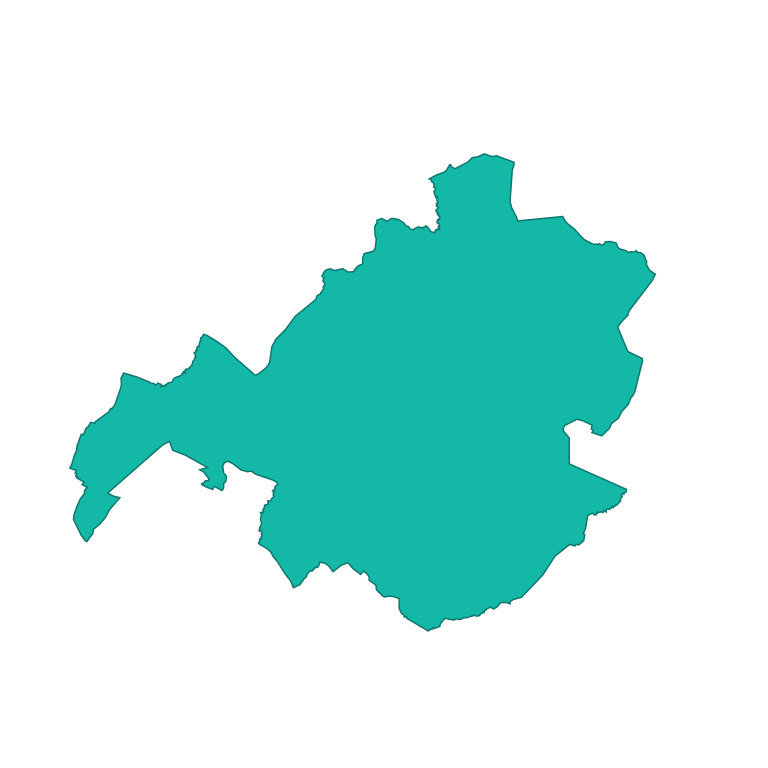 Nang Rong, Buri Ram, Thailand (Mercator projection), rotated 201°
{"feature_id": "78962969B52670203653904", "entity_name": "Nang Rong", "entity_type": "district", "adm_level": 2, "iso_a3": "THA", "parent_name": "Thailand", "parent_adm1": "Buri Ram", "projection": "mercator", "projection_center": [102.757, 14.628], "detail": "fine", "context": "isolated", "style": "filled", "palette": "teal", "viewbox_px": 768, "rotation_deg": 201, "n_neighbors": 0, "source": "geoboundaries", "source_scale": "gbopen_adm2", "svg_char_len": 6171}
<svg xmlns="http://www.w3.org/2000/svg" viewBox="0 0 768 768"><g transform="rotate(201 384 384)"><path d="M631.0,300.9L631.6,295.1L629.1,289.9L628.4,286.4L627.8,268.7L629.1,263.3L630.3,263.3L631.0,259.3L639.9,245.4L639.9,243.8L644.1,243.1L645.0,237.8L646.2,236.2L646.4,229.1L648.6,228.6L648.4,216.1L647.2,211.9L647.5,206.3L646.7,197.2L647.2,192.9L640.2,193.0L640.3,190.0L638.7,190.2L638.8,187.5L636.9,187.7L637.4,186.3L628.9,185.0L629.7,181.8L624.1,181.4L625.3,177.4L624.5,173.9L626.3,168.2L626.8,159.8L626.4,150.1L625.3,146.2L612.4,134.2L606.8,130.7L604.9,130.4L602.3,140.1L603.1,144.4L599.2,151.3L596.4,158.9L595.0,168.8L589.9,183.2L596.3,182.4L602.9,183.1L568.9,247.7L563.7,253.6L557.5,246.4L544.1,246.4L518.8,242.8L525.2,237.9L521.0,237.3L512.8,232.4L514.4,230.0L516.2,229.7L516.8,226.3L518.1,226.3L518.3,224.8L511.4,224.1L506.1,224.2L506.1,226.4L505.2,227.6L497.2,226.5L496.6,228.1L496.5,229.6L497.9,233.5L496.8,236.8L498.2,241.7L501.7,243.3L505.1,249.3L504.8,253.2L502.2,255.9L496.5,255.5L486.6,252.5L479.9,253.2L477.7,254.7L475.5,254.9L471.3,253.8L453.7,254.5L448.2,253.7L447.3,251.8L449.1,249.3L448.1,247.5L449.6,244.2L447.9,244.2L448.3,242.5L447.5,241.7L447.6,240.5L446.5,239.8L448.0,236.1L447.8,234.2L450.6,233.3L449.2,230.4L452.0,228.1L451.4,225.0L452.0,223.9L451.5,222.2L450.7,221.8L450.8,220.4L452.7,220.3L453.2,219.6L451.4,217.9L451.3,215.1L450.3,212.4L448.8,211.1L448.0,207.1L448.5,206.0L448.1,202.5L447.1,201.9L446.9,203.1L446.2,203.2L444.8,202.1L444.7,199.7L443.3,199.1L443.9,196.9L443.1,196.0L443.3,195.2L444.6,194.5L443.8,192.7L444.1,190.5L443.0,189.8L434.1,188.4L429.8,186.7L425.3,183.0L419.6,179.8L409.0,171.8L400.8,166.8L395.5,161.3L390.6,166.6L388.7,173.9L387.6,175.3L387.4,179.3L386.3,182.9L384.0,183.7L382.3,188.3L380.9,188.6L379.9,190.0L379.8,195.0L373.9,195.4L370.2,194.2L364.3,190.5L359.1,199.3L353.6,204.3L346.7,200.5L337.5,197.9L336.0,202.1L331.0,200.2L328.6,198.5L327.7,195.6L319.4,193.3L317.3,189.2L308.9,185.5L306.8,185.5L303.3,187.8L299.7,188.8L292.9,189.2L289.6,180.2L285.4,176.1L282.0,175.2L281.9,173.9L279.4,174.5L278.8,173.4L254.3,169.3L253.0,170.6L253.3,171.8L251.3,172.3L250.9,174.2L249.6,173.5L249.3,174.5L247.9,174.9L246.2,177.0L245.1,177.4L245.4,180.1L243.6,186.2L241.6,187.7L239.7,187.5L233.9,188.9L231.8,191.0L229.6,191.0L227.2,192.4L226.7,193.8L222.2,195.9L221.5,197.1L218.4,198.8L218.6,199.8L217.9,200.3L215.1,200.3L212.3,201.5L210.1,206.2L208.6,206.2L209.1,208.4L207.7,209.5L207.7,210.6L205.8,212.5L205.9,213.2L204.5,213.8L201.2,213.2L198.7,216.1L196.6,221.8L191.0,224.0L187.6,223.9L188.2,226.3L186.1,229.1L179.2,234.2L167.4,262.5L162.6,284.7L153.2,300.7L147.7,301.3L147.7,302.8L144.3,303.8L141.4,309.5L142.6,315.3L144.2,315.5L144.1,321.4L146.7,334.3L143.2,338.1L140.6,337.2L139.2,337.8L139.5,338.5L138.3,339.7L139.1,340.4L138.8,341.1L136.6,341.4L134.7,342.8L133.4,342.5L133.3,344.0L132.4,344.6L130.7,344.2L131.4,345.3L131.2,346.8L130.6,347.5L128.7,347.6L128.2,348.9L127.4,349.2L127.1,351.1L125.8,350.8L125.9,351.6L124.9,352.2L124.1,354.4L123.2,354.4L122.1,358.1L121.2,359.0L121.9,359.5L122.0,362.2L121.3,364.5L122.6,365.3L121.7,367.1L120.5,367.4L121.1,368.2L120.4,369.2L119.4,369.5L119.9,372.5L182.4,375.8L191.6,399.8L199.4,404.3L200.9,407.2L200.3,410.2L191.2,420.3L184.8,420.9L175.1,420.2L174.2,416.1L172.3,416.0L171.9,415.3L172.5,413.2L162.2,413.6L157.6,423.4L157.5,428.5L152.9,436.0L152.2,443.5L148.7,452.3L148.6,459.5L147.5,462.5L147.1,467.2L150.9,498.2L152.1,500.4L168.0,501.7L185.9,520.5L185.9,522.5L184.2,528.2L181.0,535.7L181.5,539.9L170.6,577.0L170.0,583.7L176.7,585.3L181.7,589.3L182.7,592.5L185.4,594.7L185.5,595.7L186.8,596.2L187.1,597.4L191.4,598.5L194.7,597.8L196.2,598.9L197.6,596.9L201.3,595.8L202.6,594.3L206.3,595.2L211.4,594.5L214.7,595.4L217.8,598.8L224.1,598.0L228.5,595.8L228.7,593.2L230.3,591.6L233.4,592.1L234.2,590.8L236.5,590.6L238.5,589.3L248.2,590.5L251.4,591.6L261.2,596.6L269.9,599.4L273.3,601.1L277.2,604.4L317.7,584.1L320.2,587.4L328.0,594.3L331.8,599.7L340.9,629.7L341.2,635.2L342.1,637.6L360.7,637.4L364.4,635.1L372.8,634.8L378.2,629.4L382.7,627.0L385.3,621.1L394.8,610.5L398.9,610.8L400.2,612.6L401.3,612.1L402.2,606.1L403.5,603.5L409.5,598.3L415.3,591.7L412.7,591.7L412.4,590.1L409.7,589.4L408.1,586.9L408.1,585.5L407.1,585.7L405.8,584.8L405.5,584.0L406.5,581.6L402.3,576.5L401.7,576.4L401.4,577.6L400.2,574.0L398.5,573.1L399.7,571.2L398.5,570.5L399.1,569.2L396.6,568.1L397.8,564.6L396.9,564.6L396.8,563.4L395.6,563.2L395.2,562.2L394.2,562.2L394.5,561.2L393.4,561.4L393.1,560.5L391.8,560.0L391.2,558.3L392.0,557.9L391.7,556.9L392.7,556.6L391.9,556.0L392.8,554.6L391.5,553.1L389.6,553.2L388.9,552.1L389.4,551.1L388.7,550.9L389.5,550.1L387.5,549.0L387.7,548.1L389.1,548.4L390.0,546.6L390.6,547.0L391.1,546.0L390.7,543.5L394.9,543.0L399.1,546.0L401.8,546.6L402.0,545.3L403.3,544.6L403.4,543.8L408.5,542.8L410.8,540.4L411.2,538.9L415.1,537.9L417.4,539.8L420.1,539.4L423.3,541.5L430.1,542.9L431.4,542.0L433.3,542.3L436.4,541.2L439.5,536.9L445.1,537.8L449.3,534.5L448.3,531.9L449.1,528.8L448.7,526.7L445.2,518.9L443.1,516.5L441.1,508.6L441.0,505.3L442.9,503.1L449.2,498.7L449.1,494.2L446.9,488.4L450.5,485.0L452.2,480.9L452.4,478.0L457.8,475.6L463.8,476.9L470.6,472.3L475.4,472.3L478.8,470.0L480.4,466.3L479.8,465.2L480.8,463.1L480.2,462.0L478.4,462.0L478.0,458.5L474.9,456.0L475.6,452.6L474.7,452.0L475.0,447.9L475.9,446.6L475.4,445.7L478.1,442.5L478.0,438.4L491.2,415.2L495.4,399.8L501.0,387.0L502.0,378.5L498.7,364.1L498.8,360.0L500.5,355.7L505.0,348.2L507.5,346.0L533.0,355.4L544.8,361.2L557.3,364.3L566.4,365.8L570.3,365.7L570.7,362.3L571.7,361.4L570.9,360.6L571.3,358.9L570.6,358.5L571.0,357.0L570.3,352.6L571.5,352.3L571.6,350.2L570.8,348.9L571.8,347.5L570.9,346.8L572.4,344.9L570.8,344.1L570.2,342.4L569.2,342.2L569.9,341.1L569.6,338.9L570.6,336.6L570.0,332.7L571.0,331.0L570.8,329.8L571.6,329.6L571.8,328.0L574.3,326.8L573.9,326.1L574.6,325.8L574.6,324.3L573.7,323.6L575.8,323.6L574.8,322.1L576.3,321.6L576.3,319.3L581.3,315.1L582.4,313.2L582.6,309.7L586.2,307.4L586.8,305.6L588.4,304.1L588.0,303.3L589.9,303.1L591.1,301.6L591.7,303.8L595.4,303.7L596.7,301.2L599.6,302.0L601.0,301.0L603.8,301.7L617.1,302.0L631.0,300.9Z" fill="#14b8a6" stroke="#0f766e" stroke-width="1.5"/></g></svg>